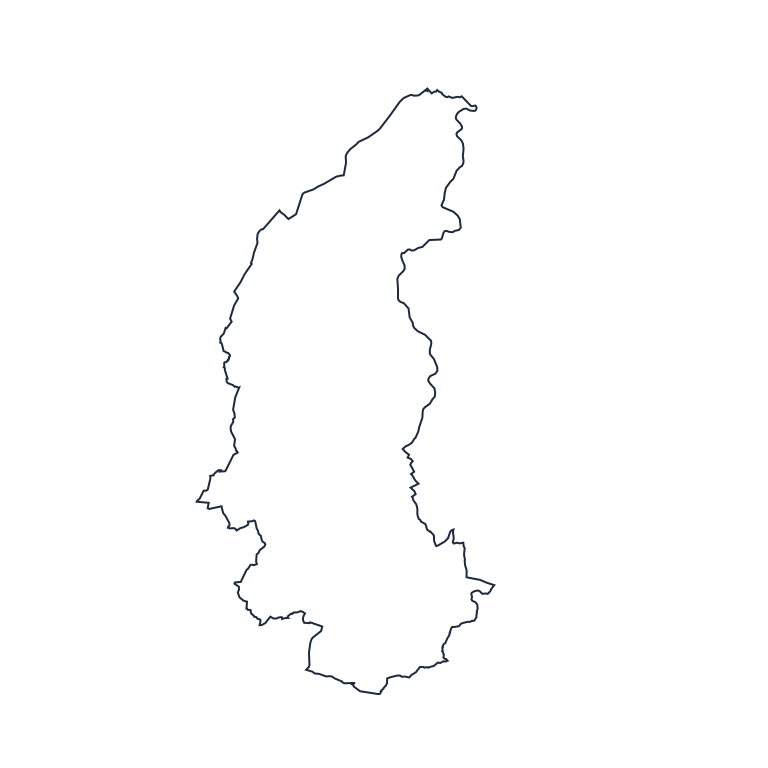 Muinebeag Lea-5, Carlow, Ireland, rotated 200°
{"feature_id": "5873133B83238014482062", "entity_name": "Muinebeag Lea-5", "entity_type": "district", "adm_level": 2, "iso_a3": "IRL", "parent_name": "Ireland", "parent_adm1": "Carlow", "projection": "albers", "projection_center": [-6.936, 52.637], "detail": "fine", "context": "isolated", "style": "outline", "palette": "slate", "viewbox_px": 768, "rotation_deg": 200, "n_neighbors": 0, "source": "geoboundaries", "source_scale": "gbopen_adm2", "svg_char_len": 6139}
<svg xmlns="http://www.w3.org/2000/svg" viewBox="0 0 768 768"><g transform="rotate(200 384 384)"><path d="M264.5,116.2L259.8,116.9L258.9,119.7L255.4,124.1L253.5,130.3L250.6,131.5L249.0,131.3L247.1,132.5L245.4,132.5L244.7,133.4L240.8,136.0L238.1,140.7L235.8,141.0L233.4,143.7L231.3,144.2L229.6,145.7L231.5,146.7L233.2,146.6L234.6,147.3L235.1,149.9L237.1,152.5L238.0,152.8L237.8,153.8L239.1,156.4L238.6,157.1L239.1,157.8L239.0,159.9L237.8,161.4L237.5,166.6L236.7,170.4L237.2,172.0L236.8,172.8L237.2,173.6L237.2,178.3L236.3,179.4L235.4,179.4L230.8,182.0L229.5,185.3L228.1,186.4L224.3,189.0L221.7,190.0L220.2,191.7L219.5,191.6L218.1,192.7L217.4,196.5L218.4,199.5L218.3,200.7L219.1,202.1L219.1,204.8L221.0,208.8L223.8,210.3L226.7,210.4L228.1,211.4L228.5,214.1L230.3,216.9L230.1,217.9L228.3,220.1L225.4,222.0L223.4,222.1L219.8,220.5L216.6,222.0L214.8,222.2L213.3,225.5L213.0,228.3L211.6,232.7L219.6,232.4L226.6,232.8L240.3,230.6L242.6,237.1L245.8,241.5L247.6,245.1L247.8,246.4L250.5,251.2L252.0,257.3L253.7,258.9L255.2,262.0L258.4,260.1L261.2,259.8L263.7,258.0L264.6,258.3L265.2,258.8L265.6,262.7L268.6,268.5L268.9,271.0L270.4,269.7L271.2,267.9L271.1,261.0L272.9,256.9L278.3,250.4L279.3,249.7L279.9,249.8L283.3,253.7L285.0,258.1L285.8,259.1L290.0,261.2L290.2,260.9L293.7,261.9L297.1,266.5L302.3,267.4L303.3,268.6L305.4,269.2L308.1,272.9L309.7,277.6L311.2,280.2L312.7,282.1L316.7,284.8L317.9,286.7L319.2,287.6L316.6,291.3L318.7,293.6L323.6,295.7L317.5,302.1L321.6,304.0L326.1,307.8L327.8,308.6L325.7,311.9L331.7,317.2L331.5,319.2L330.6,321.3L333.1,322.8L336.6,322.9L336.3,326.1L340.8,327.5L344.2,329.3L342.3,332.9L339.8,335.3L337.6,338.6L336.9,342.4L336.0,344.3L335.5,350.9L336.2,356.0L336.4,365.4L338.3,371.6L338.5,374.0L337.6,376.1L334.2,381.1L333.2,386.4L332.0,389.4L332.8,393.0L335.0,397.1L340.8,400.1L343.6,402.2L344.0,404.6L343.2,407.3L339.2,411.3L338.4,414.7L339.9,418.2L345.5,424.4L351.2,427.9L352.7,432.0L353.3,437.9L354.5,440.7L362.3,444.3L370.1,445.1L374.6,446.9L376.3,448.4L378.1,451.5L382.7,455.4L386.7,463.3L393.0,466.7L396.7,466.8L399.0,467.7L400.3,469.6L403.0,477.3L407.4,487.3L407.2,490.9L404.4,496.8L404.0,499.4L405.2,502.4L409.0,506.3L411.3,509.4L412.0,511.8L411.7,513.3L409.9,513.9L407.4,518.6L405.9,519.2L403.9,518.9L401.6,519.8L398.1,523.8L394.9,525.8L390.6,534.8L380.0,539.2L379.4,540.5L379.8,546.4L379.3,548.3L377.5,549.3L375.0,549.2L371.4,550.1L369.8,552.2L366.3,554.3L365.3,557.1L369.2,564.9L372.5,567.5L377.7,569.6L389.4,570.2L391.1,571.6L390.7,577.7L392.3,584.5L392.9,589.5L390.8,596.8L389.0,600.4L388.7,609.3L386.8,613.8L385.3,615.5L385.0,618.8L385.8,621.4L387.9,625.1L389.6,632.0L392.1,637.0L394.7,639.4L400.0,641.8L401.4,643.6L401.4,645.2L398.1,650.5L398.6,652.4L401.0,654.5L406.6,657.4L407.6,658.7L407.9,660.9L407.7,663.0L406.6,665.5L403.2,669.8L400.9,670.9L396.7,670.4L392.7,671.4L391.5,672.3L391.3,674.6L392.0,676.1L393.4,676.9L396.3,675.1L397.5,675.1L409.4,680.9L410.7,679.4L413.3,678.9L417.7,676.2L421.7,676.3L422.6,675.2L424.0,674.9L428.3,676.2L429.4,677.4L431.9,677.5L434.6,678.4L435.0,676.6L436.6,676.0L438.6,673.4L444.4,676.4L444.8,675.5L444.2,674.6L444.8,674.8L445.2,673.9L445.7,674.2L449.1,668.5L450.7,666.8L453.8,665.4L457.8,664.8L463.3,659.5L465.7,654.6L470.3,638.0L475.4,622.0L477.4,618.6L483.3,610.3L490.6,602.9L492.0,599.7L496.1,593.0L497.1,590.2L497.8,587.7L497.9,584.9L495.4,579.1L493.2,566.3L496.4,564.8L500.0,562.3L508.8,551.6L513.6,546.9L516.9,542.7L524.4,536.5L525.5,534.5L524.7,513.5L530.2,506.3L535.8,509.0L540.0,510.1L541.6,511.4L550.6,488.1L552.1,487.4L553.3,485.3L554.1,481.9L552.9,477.0L551.1,473.1L551.1,463.2L550.2,455.8L550.4,452.2L549.4,451.6L552.5,439.7L553.6,430.8L556.4,419.6L551.6,416.1L550.3,414.6L551.7,406.5L551.0,392.8L548.5,390.5L551.0,382.4L552.0,382.5L551.8,376.5L553.6,372.5L553.4,370.2L552.1,368.3L552.1,366.9L550.8,366.8L549.7,365.7L545.9,360.0L544.0,360.1L543.4,359.6L541.1,359.9L538.6,358.4L538.3,357.4L538.9,356.3L538.2,354.8L538.8,354.2L538.4,352.9L539.1,352.6L539.5,350.7L541.1,350.0L541.4,349.1L540.0,345.6L540.3,345.0L539.1,344.6L538.2,342.5L533.1,335.9L533.5,335.9L533.8,334.7L532.5,332.2L530.9,331.4L525.6,331.3L523.2,330.3L522.3,331.0L519.5,330.8L518.9,331.3L519.2,320.3L517.0,308.2L514.4,305.1L512.7,301.4L513.8,299.5L512.7,296.6L513.6,292.1L512.9,289.7L511.4,287.0L505.1,281.2L503.7,274.6L501.4,272.7L500.2,270.8L498.6,270.2L498.0,269.5L501.2,266.0L503.2,248.3L504.0,247.4L508.3,245.6L507.9,247.1L510.1,246.4L512.3,242.7L513.2,240.4L512.9,239.9L515.9,238.2L514.8,235.7L513.5,224.5L514.3,223.2L517.0,222.0L518.0,213.1L519.6,210.5L519.7,209.3L508.1,212.4L507.2,207.0L505.5,206.8L494.9,213.5L491.1,207.8L488.1,206.0L481.9,200.6L480.8,198.4L481.7,196.1L481.5,195.5L480.3,195.8L479.7,195.5L475.6,197.3L473.5,196.8L472.4,195.9L469.6,199.5L466.9,201.4L463.8,204.9L463.8,206.5L464.8,208.2L460.8,210.0L459.7,211.3L458.2,211.1L454.2,204.7L452.2,202.9L450.5,200.3L447.7,199.1L446.0,196.2L444.2,194.3L441.5,193.7L440.6,192.6L440.9,190.2L443.9,185.5L444.2,182.2L445.4,180.4L443.5,173.6L441.9,171.3L444.3,169.2L446.1,169.1L447.6,168.3L448.7,163.6L449.6,162.4L450.9,149.0L456.1,146.6L456.2,145.2L451.1,143.9L450.0,141.6L450.0,138.0L446.7,134.0L441.5,132.3L438.3,132.6L436.4,125.9L435.9,126.2L434.8,125.2L432.1,126.0L430.3,122.9L426.3,121.3L426.2,120.9L424.0,121.2L422.8,120.2L419.6,120.3L418.9,118.7L418.4,114.8L416.4,115.7L413.7,118.9L411.2,126.5L407.8,125.8L404.8,126.9L403.1,128.6L401.0,129.7L400.1,129.8L399.4,128.3L397.1,130.1L394.1,131.4L394.9,131.7L394.8,133.1L392.9,136.2L392.0,136.9L391.6,136.6L390.5,138.5L387.0,139.9L384.9,142.0L382.4,142.1L379.8,141.4L380.3,138.3L379.9,135.9L379.3,134.3L377.3,132.3L372.2,133.8L372.0,134.7L371.2,134.8L359.1,135.0L358.6,130.4L364.2,121.3L364.8,119.3L364.7,115.6L362.6,105.8L357.9,94.4L357.9,92.2L359.4,88.8L353.1,89.2L350.0,88.3L345.9,89.4L338.3,89.4L335.1,90.9L332.7,91.3L329.8,90.5L321.7,90.1L321.2,89.5L318.9,89.2L309.0,93.2L311.1,90.8L310.3,90.7L308.4,89.2L301.4,87.1L283.7,90.6L282.2,91.1L281.8,91.7L281.5,92.6L282.0,94.2L281.3,94.6L281.5,95.4L280.3,97.6L280.4,98.2L279.1,101.3L278.8,103.8L280.3,108.4L277.9,110.5L271.6,114.7L269.3,115.5L267.2,115.0L264.5,116.2Z" fill="none" stroke="#1e293b" stroke-width="2"/></g></svg>